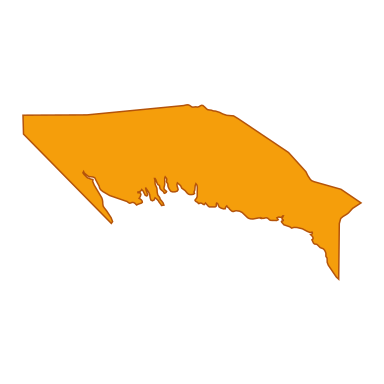 SVG path tracing the border of Gulf
{"feature_id": "PNG-1244", "entity_name": "Gulf", "entity_type": "Province", "adm_level": 1, "iso_a3": "PNG", "parent_name": "Papua New Guinea", "parent_adm1": "", "projection": "albers", "projection_center": [144.902, -7.657], "detail": "fine", "context": "isolated", "style": "filled", "palette": "amber", "viewbox_px": 384, "rotation_deg": 0, "n_neighbors": 0, "source": "natural_earth", "source_scale": "10m", "svg_char_len": 3932}
<svg xmlns="http://www.w3.org/2000/svg" viewBox="0 0 384 384"><path d="M338.7,279.2L336.3,277.0L328.3,265.2L327.2,262.3L327.1,258.5L326.9,257.8L326.1,256.7L325.9,256.3L325.9,253.4L325.4,251.8L324.5,250.1L323.3,248.8L320.2,247.6L317.5,244.9L316.7,244.3L314.5,244.0L313.5,243.1L311.9,239.8L313.1,238.8L312.9,237.2L311.8,235.7L310.6,234.6L311.6,234.2L312.2,233.7L312.4,233.0L312.0,232.1L310.0,232.5L307.3,231.4L302.4,228.8L297.0,227.5L294.0,227.4L291.6,228.1L289.8,226.8L283.9,224.8L282.6,223.3L282.4,223.0L282.0,222.6L281.6,222.1L281.4,221.4L281.6,221.1L282.9,220.9L283.3,220.4L283.2,219.9L282.7,219.5L282.2,219.2L282.0,218.8L282.2,218.1L283.3,215.9L282.7,215.9L281.5,217.4L280.2,217.3L278.6,217.0L276.9,217.8L278.2,219.7L276.6,220.5L270.9,220.4L269.7,220.0L268.0,218.4L266.7,217.8L265.3,217.9L263.9,218.3L262.5,218.4L261.0,217.8L261.0,218.4L259.3,217.8L253.0,219.0L250.8,218.9L249.1,218.5L247.6,217.7L242.2,212.5L239.6,211.2L236.1,210.7L235.3,210.9L234.3,211.2L233.4,211.5L232.3,211.4L231.5,210.9L229.5,209.1L228.8,208.0L227.5,207.1L226.8,205.9L225.9,206.8L225.2,208.2L225.3,208.7L223.6,208.9L221.2,208.2L219.2,207.0L218.3,205.2L218.0,204.2L217.3,203.3L216.6,203.1L216.3,203.9L216.3,205.9L216.0,206.4L215.1,206.9L209.3,206.9L208.3,206.2L205.5,203.0L204.3,204.6L203.3,204.4L202.2,203.5L200.7,203.0L200.1,203.1L199.0,203.6L198.5,203.6L198.3,203.4L197.8,202.5L197.5,202.3L196.8,202.0L195.8,201.4L195.1,200.6L195.0,200.1L196.5,198.2L197.2,196.5L197.3,187.3L197.0,185.2L195.9,183.7L195.2,185.5L194.8,190.0L194.0,192.0L194.5,193.5L193.4,194.3L191.5,194.6L189.9,194.6L188.4,194.1L187.1,193.0L185.1,190.6L181.7,188.1L180.8,186.0L179.8,184.9L177.4,182.9L176.9,184.7L177.2,186.4L177.8,188.1L178.1,189.7L177.2,191.1L175.2,191.8L172.8,191.9L171.0,191.4L170.2,190.5L169.1,188.9L168.3,187.2L167.9,185.9L167.9,184.8L167.8,184.0L167.5,183.3L166.9,182.6L166.5,181.8L166.8,179.5L166.6,178.5L165.2,176.8L164.7,177.9L164.7,184.6L164.0,187.6L164.0,188.8L164.5,189.6L166.6,191.4L166.2,192.3L165.3,193.0L164.4,193.3L164.0,193.0L163.5,191.8L161.1,189.8L160.2,188.8L160.0,188.1L159.6,186.5L159.6,185.9L159.3,185.4L158.7,185.0L158.1,184.7L157.7,184.3L156.9,182.7L155.8,179.7L155.1,178.5L154.5,178.5L154.9,180.1L155.1,183.7L155.5,185.1L156.7,187.7L157.0,189.1L157.2,192.2L157.7,194.6L158.2,195.6L159.1,196.7L159.9,198.0L160.2,199.4L161.3,200.5L163.1,202.9L163.9,205.1L161.5,205.5L161.3,205.0L159.4,202.5L159.0,202.0L158.5,201.0L157.4,199.7L156.1,198.5L155.1,197.8L154.1,200.0L152.4,200.8L150.8,200.0L150.1,197.5L149.7,194.7L148.6,192.1L145.5,187.5L146.0,190.0L147.0,192.7L147.7,194.9L146.8,196.0L145.2,195.3L143.1,191.0L141.7,189.5L141.1,190.6L140.2,191.3L139.1,191.8L137.9,192.0L137.9,192.7L140.3,192.9L140.9,194.4L140.3,196.5L139.1,198.4L140.1,198.9L141.3,199.9L142.2,201.2L142.3,202.4L141.4,203.1L137.9,204.3L136.6,205.0L134.9,203.3L134.0,202.7L132.8,202.4L131.8,202.5L130.7,203.0L129.6,203.2L128.6,202.7L127.0,201.5L109.6,195.5L102.8,191.5L100.6,189.7L99.6,188.0L99.1,186.1L95.8,179.9L95.1,178.2L94.7,177.8L93.8,177.3L92.9,177.0L90.7,176.7L89.7,176.7L88.2,176.2L85.1,173.7L84.2,172.8L84.0,172.5L83.6,171.5L82.9,172.8L83.9,174.3L86.9,177.4L87.8,178.0L88.7,178.2L90.7,179.1L92.9,179.5L93.0,180.0L92.7,180.6L92.6,181.2L94.2,185.1L101.8,197.9L102.4,199.8L102.7,201.8L102.8,204.0L103.2,206.2L104.3,207.9L106.6,210.8L111.1,217.7L112.6,221.6L111.3,223.4L23.5,134.1L23.0,115.2L87.0,114.9L183.1,105.6L183.3,105.6L186.0,105.0L187.3,104.8L188.4,104.9L189.6,105.4L191.2,106.5L192.3,107.1L193.5,107.1L195.8,106.8L197.4,107.1L199.2,106.6L200.3,105.8L201.6,105.3L202.9,105.5L204.9,107.2L206.3,108.6L207.5,109.6L208.9,109.9L211.4,110.2L213.3,110.9L215.6,111.1L219.7,112.4L222.6,113.9L226.7,115.3L233.6,115.9L237.9,118.5L288.5,152.5L305.9,171.7L307.8,175.6L310.3,179.4L311.7,180.7L314.1,181.7L341.0,189.3L361.0,202.9L352.6,208.4L348.5,212.9L346.8,214.2L342.9,216.6L340.7,218.5L339.3,223.5L338.7,279.2L338.7,279.2Z" fill="#f59e0b" stroke="#b45309" stroke-width="1.5"/></svg>